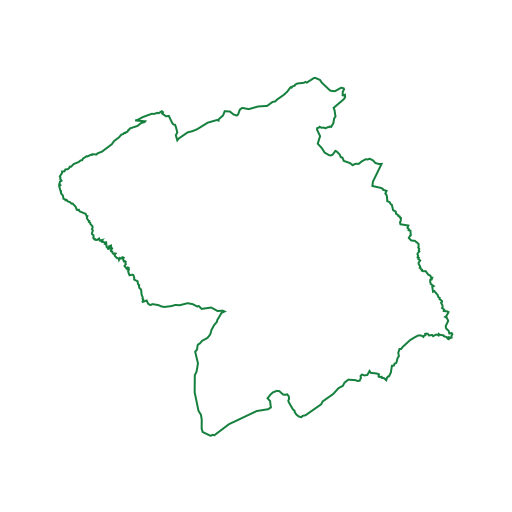 the district of Mkushi, Central, Zambia, rotated 7°
{"feature_id": "96606910B76461295717926", "entity_name": "Mkushi", "entity_type": "district", "adm_level": 2, "iso_a3": "ZMB", "parent_name": "Zambia", "parent_adm1": "Central", "projection": "mercator", "projection_center": [29.248, -13.765], "detail": "fine", "context": "isolated", "style": "outline", "palette": "green", "viewbox_px": 512, "rotation_deg": 7, "n_neighbors": 0, "source": "geoboundaries", "source_scale": "gbopen_adm2", "svg_char_len": 6060}
<svg xmlns="http://www.w3.org/2000/svg" viewBox="0 0 512 512"><g transform="rotate(7 256 256)"><path d="M148.5,315.7L152.9,313.5L154.7,316.5L157.1,317.6L159.1,316.4L164.9,316.6L168.8,317.7L171.5,317.7L178.2,316.0L182.0,314.4L186.2,314.2L193.8,311.2L199.0,311.5L203.8,313.3L205.2,312.6L208.5,315.1L217.9,312.6L224.6,315.3L229.5,314.3L231.5,314.9L228.7,316.7L225.3,324.5L225.3,326.0L222.9,329.6L220.9,334.6L220.2,339.1L219.1,341.2L217.7,343.3L212.8,346.8L210.8,349.8L209.3,350.9L208.9,351.8L208.9,356.0L207.3,358.4L211.5,369.7L211.1,378.0L209.8,381.8L211.7,398.7L217.8,416.7L220.7,420.3L222.1,425.1L223.1,434.0L224.5,437.2L232.8,440.0L234.8,438.8L236.5,439.0L249.7,426.2L275.6,409.8L286.7,406.6L289.2,404.5L287.6,398.2L284.8,395.8L287.3,391.7L289.4,389.3L293.1,387.3L295.6,387.3L299.8,390.2L302.1,390.2L303.8,389.5L305.7,391.4L306.2,394.0L305.7,395.6L306.2,396.9L311.2,403.6L313.2,405.0L313.5,406.4L315.5,408.5L317.8,410.0L320.6,410.5L321.8,409.0L324.6,408.0L338.8,395.2L339.9,392.2L349.4,383.6L354.1,377.0L358.0,374.3L359.3,370.9L362.7,367.5L369.7,367.1L372.2,367.7L374.1,367.1L375.0,364.2L374.4,362.4L375.5,360.8L378.3,361.3L381.0,360.5L382.7,356.3L384.2,358.0L389.8,357.9L392.1,358.3L392.5,358.5L392.2,360.3L392.7,361.0L395.4,360.6L395.6,361.6L397.9,361.6L400.4,363.4L400.9,360.7L401.9,359.4L402.6,359.3L404.0,355.5L404.3,348.4L406.2,348.0L406.6,346.0L408.1,345.2L408.4,344.5L408.9,340.3L410.0,338.0L409.0,334.6L409.8,330.8L411.4,330.6L412.7,328.3L419.4,320.5L424.6,316.5L426.6,315.2L428.3,314.8L430.3,315.0L432.0,315.9L432.4,314.8L433.8,313.9L433.4,312.7L434.3,312.3L436.0,312.3L437.4,313.8L440.4,312.9L441.5,314.0L444.3,312.1L445.7,312.0L446.8,312.6L447.0,311.2L447.8,311.8L451.8,311.9L452.2,312.7L455.2,313.3L455.8,314.1L456.6,313.5L456.9,315.0L457.5,315.1L458.1,313.4L458.8,313.8L460.1,313.1L459.7,311.9L460.4,309.5L459.5,308.6L457.4,309.4L456.3,306.8L453.6,304.8L452.8,302.5L454.7,297.0L453.0,294.2L451.2,293.4L452.4,292.3L453.9,288.2L452.9,287.7L449.1,287.7L449.4,286.4L447.0,284.9L447.5,283.9L446.9,281.9L445.4,279.9L446.3,278.8L446.0,277.9L443.5,276.5L443.5,275.3L442.1,274.7L441.1,272.6L437.3,269.1L436.1,269.9L434.7,265.1L436.0,264.2L432.9,262.5L432.0,260.3L431.9,258.3L433.1,258.0L433.6,256.1L432.4,256.1L431.4,254.2L429.3,253.6L426.3,250.4L423.7,250.7L422.3,250.3L422.5,249.4L421.1,248.7L420.7,247.6L420.0,247.7L420.1,246.3L418.3,243.8L418.3,242.6L419.5,240.4L417.5,239.2L417.8,237.9L416.6,237.7L416.9,236.0L416.0,234.5L416.4,233.1L417.6,231.5L416.9,230.7L417.1,228.9L416.0,227.9L416.3,226.9L415.8,224.1L411.8,221.6L408.2,221.7L405.5,219.5L406.4,217.2L407.1,216.7L406.2,212.0L404.3,211.8L404.4,210.7L402.9,209.6L403.5,207.2L395.5,206.9L394.8,205.0L395.3,203.9L395.3,200.7L394.1,200.3L393.9,199.3L392.5,199.0L392.4,198.3L389.9,197.0L389.2,194.8L386.5,193.8L384.6,188.7L383.5,188.2L382.0,186.2L379.6,185.6L378.8,181.3L378.1,179.5L376.8,178.3L377.6,175.4L374.2,174.9L373.9,174.2L372.3,173.3L363.0,172.3L363.0,167.9L369.4,149.3L367.1,149.7L363.2,149.2L360.4,146.8L356.9,145.6L355.1,146.6L353.1,146.6L349.4,149.2L346.8,152.0L343.4,152.4L340.8,154.1L338.2,152.4L331.5,150.9L329.8,147.8L328.2,147.6L326.6,145.0L323.3,142.4L322.0,142.0L319.7,146.1L318.0,147.1L316.5,147.1L311.5,145.0L308.3,141.0L303.6,137.0L305.0,129.2L301.2,123.2L301.2,121.6L302.8,120.9L303.4,120.0L305.3,120.7L307.6,120.3L309.3,120.8L311.7,119.3L312.9,119.2L313.6,118.4L314.9,118.7L316.6,114.7L316.8,110.0L317.9,107.9L316.1,101.5L315.0,99.5L323.1,90.7L324.5,89.0L325.1,87.2L324.6,85.1L323.0,86.1L322.4,85.9L322.1,82.2L323.1,79.9L322.6,78.9L320.0,78.6L314.4,82.7L311.8,83.0L309.3,82.7L300.0,75.8L298.1,73.5L293.2,72.0L291.8,72.3L285.3,77.7L283.9,77.2L282.3,78.3L276.1,79.7L274.0,81.2L273.5,82.4L271.5,83.2L270.8,84.6L269.7,84.3L266.9,89.2L263.7,92.9L257.8,98.2L256.4,100.1L253.5,101.2L248.7,105.7L240.0,107.3L230.9,111.1L224.3,110.7L222.1,112.7L221.0,117.6L219.9,118.9L216.5,118.3L212.5,115.8L207.3,116.1L206.2,120.4L202.1,125.1L202.3,126.1L200.7,125.8L191.9,129.5L182.2,137.3L177.8,139.8L173.1,141.6L165.0,148.8L163.8,150.8L161.7,145.9L162.8,142.9L160.9,138.0L159.7,135.7L158.4,135.6L156.9,134.6L152.4,127.6L149.7,128.3L145.5,126.1L146.2,124.6L144.8,123.8L141.9,126.2L140.7,125.9L137.8,127.3L135.1,127.6L126.7,131.9L122.0,135.3L119.6,136.2L129.6,135.8L129.1,136.6L125.8,138.0L122.4,141.4L115.4,144.7L114.6,146.2L114.1,146.2L113.2,148.4L112.2,148.7L111.4,149.9L110.3,149.8L109.3,151.2L107.5,152.0L105.5,155.0L101.1,159.2L99.3,162.6L90.4,171.2L86.1,173.5L85.4,174.7L81.2,174.9L81.1,175.5L79.5,175.8L76.7,177.7L75.9,177.5L72.4,180.4L71.8,182.0L70.2,182.6L68.3,184.5L63.8,187.0L61.6,189.9L60.3,190.0L59.8,191.5L58.4,192.9L56.3,193.3L55.5,195.3L53.2,195.8L53.4,197.2L51.6,200.9L52.4,202.0L52.2,203.2L53.8,205.0L52.4,206.0L52.1,207.9L53.0,209.2L52.1,209.3L52.5,210.3L52.1,210.5L54.0,215.2L54.6,215.4L54.7,217.4L57.0,219.6L57.9,222.6L60.1,223.3L60.2,223.8L61.2,223.4L62.2,224.6L65.2,225.4L66.4,226.5L67.6,226.3L70.9,229.0L72.5,232.0L74.2,231.8L74.1,232.2L75.0,232.4L75.5,233.2L81.8,234.9L83.0,237.0L83.8,237.0L83.5,239.1L85.3,241.2L86.3,241.6L86.0,242.6L87.4,243.3L87.9,244.6L90.0,246.3L90.4,247.8L89.9,249.3L90.9,250.5L90.4,253.4L90.8,254.5L92.1,255.1L92.6,257.1L92.2,257.8L93.7,259.3L94.5,258.9L95.2,259.6L96.3,259.4L98.1,257.8L98.9,259.7L100.9,259.0L100.3,259.7L101.0,260.6L102.1,260.8L102.4,260.2L104.2,261.2L105.6,260.7L105.8,261.5L104.8,262.5L106.1,263.0L106.6,265.0L108.5,267.0L109.9,266.1L109.0,265.3L108.9,264.4L110.8,263.3L111.1,264.8L112.3,266.1L111.1,268.0L111.4,268.8L112.9,269.1L112.9,270.0L113.9,271.1L114.8,271.3L115.5,270.6L116.3,270.7L115.4,272.1L116.0,273.2L118.3,275.1L119.1,274.9L120.2,275.7L120.5,276.5L121.2,274.5L122.2,275.0L123.1,274.6L123.5,273.5L124.9,273.8L124.4,275.3L125.5,277.4L126.5,277.0L127.4,277.6L127.2,278.9L127.8,279.9L126.7,281.9L129.5,284.6L130.0,283.1L131.0,283.2L131.5,285.2L131.0,287.1L132.8,290.5L135.6,289.6L136.6,289.9L137.8,292.4L137.9,294.2L141.6,295.6L142.2,298.1L143.6,299.1L143.4,300.0L144.1,301.9L146.0,303.3L147.2,308.4L148.5,310.7L148.8,312.6L149.4,312.8L149.4,314.4L148.5,315.7Z" fill="none" stroke="#15803d" stroke-width="2"/></g></svg>